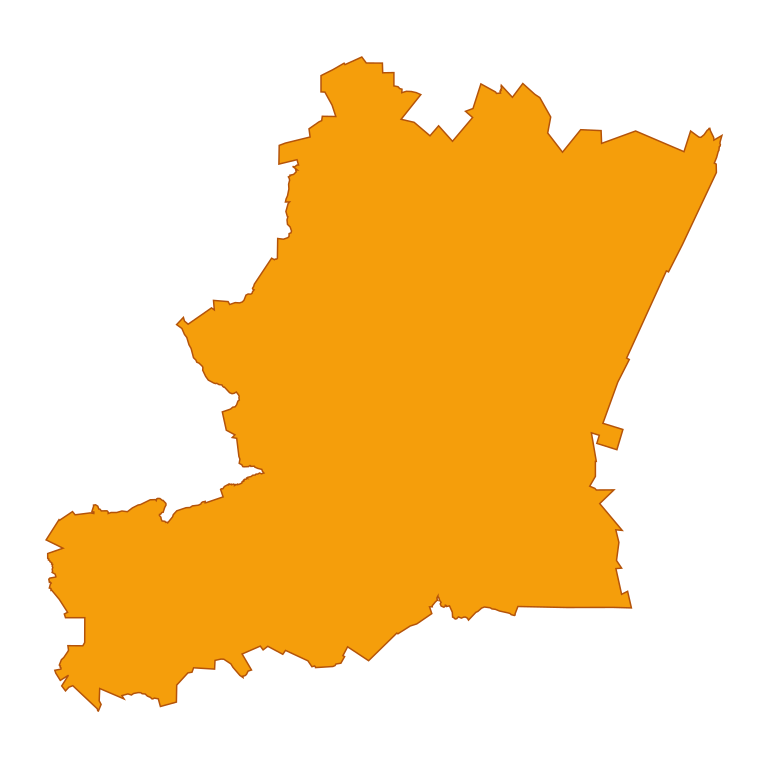 outline of Camargo, Chihuahua, Mexico
{"feature_id": "50627088B69672703244103", "entity_name": "Camargo", "entity_type": "district", "adm_level": 2, "iso_a3": "MEX", "parent_name": "Mexico", "parent_adm1": "Chihuahua", "projection": "albers", "projection_center": [-104.713, 28.058], "detail": "fine", "context": "isolated", "style": "filled", "palette": "amber", "viewbox_px": 768, "rotation_deg": 0, "n_neighbors": 0, "source": "geoboundaries", "source_scale": "gbopen_adm2", "svg_char_len": 6025}
<svg xmlns="http://www.w3.org/2000/svg" viewBox="0 0 768 768"><path d="M716.6,157.5L718.2,151.6L718.9,150.4L719.3,146.7L720.0,146.2L720.4,144.6L719.9,143.4L720.2,141.5L721.9,135.5L713.9,140.1L713.7,137.5L710.4,130.7L709.8,128.3L708.9,128.5L708.7,129.3L707.2,130.3L704.1,134.7L701.0,137.3L699.0,137.2L690.6,131.0L684.0,151.7L635.6,131.0L601.6,143.4L601.1,130.6L580.7,129.7L562.5,152.2L547.7,133.0L550.7,117.0L539.8,97.6L534.9,94.4L522.8,83.5L512.4,97.3L501.3,85.3L501.1,86.5L501.6,88.6L500.7,89.3L501.1,90.6L500.0,91.1L500.5,93.1L496.5,93.4L495.6,92.0L480.9,83.9L473.0,108.5L465.5,111.3L472.6,117.5L452.5,141.3L438.6,125.8L430.0,135.8L414.1,122.3L401.1,119.3L420.8,94.6L416.2,92.6L411.3,91.5L406.4,91.3L401.8,92.7L402.0,89.2L399.8,88.6L398.0,86.7L393.9,85.9L393.9,72.6L382.7,72.8L382.4,63.1L366.3,63.0L361.8,57.0L345.0,64.6L344.1,63.2L332.6,69.8L321.0,75.6L321.0,91.9L324.9,92.1L332.1,105.2L335.8,116.5L322.3,116.3L321.7,120.6L318.9,121.9L309.0,128.8L310.1,137.0L285.3,143.1L279.2,145.4L278.9,164.1L297.0,159.7L298.5,165.0L297.1,165.0L294.5,166.9L292.6,166.4L297.1,169.9L295.7,169.8L296.2,171.8L293.6,174.4L290.1,175.2L290.4,175.7L288.4,176.9L289.3,178.5L289.6,180.3L288.6,184.2L288.9,188.9L287.5,195.8L286.1,198.9L285.4,202.0L289.6,201.9L288.1,203.6L285.9,211.5L287.3,216.3L287.9,216.7L287.0,219.9L287.5,224.4L290.1,226.9L291.5,231.0L291.0,232.8L289.1,233.6L289.0,236.6L287.7,237.7L283.4,239.2L277.7,238.5L277.4,258.3L276.6,259.1L275.2,259.1L274.4,259.7L271.6,258.2L254.3,284.2L253.7,286.4L252.5,288.3L253.1,289.6L254.0,289.9L252.5,291.8L252.0,293.4L250.6,294.2L248.1,294.0L246.0,295.1L243.9,300.4L242.2,302.0L239.6,302.9L235.2,302.6L229.7,304.5L228.1,301.6L213.5,300.4L214.3,309.9L211.5,307.9L188.1,324.2L184.5,321.1L183.4,317.4L176.6,324.6L181.9,328.5L184.5,334.5L186.8,337.5L189.0,344.8L191.1,348.5L193.5,357.7L196.0,360.2L196.7,362.1L199.1,363.2L202.5,366.5L202.9,367.7L202.7,370.2L205.6,376.3L208.3,380.1L213.7,383.0L215.6,383.6L216.8,383.3L219.0,384.6L221.9,384.9L222.6,386.2L223.6,387.1L224.4,387.1L229.6,392.7L232.0,393.7L234.1,393.3L236.3,392.0L238.6,395.0L239.2,396.3L238.9,397.8L239.3,400.0L237.9,401.1L236.6,404.8L235.1,406.8L232.7,407.2L230.5,409.1L222.3,411.9L226.3,430.2L234.9,434.8L232.3,437.5L236.7,438.3L238.9,456.4L239.9,459.2L239.2,463.3L241.8,464.8L242.8,466.6L243.9,466.8L248.6,466.6L249.7,465.6L250.5,465.6L250.8,466.4L254.2,466.2L254.8,467.1L257.8,468.4L261.8,469.4L262.5,471.4L263.9,473.0L261.5,473.8L259.6,473.0L257.7,474.1L256.0,474.1L255.3,475.0L252.5,475.3L251.4,476.4L247.5,477.4L246.8,477.9L247.3,478.4L246.7,478.3L246.1,479.2L244.5,479.3L243.4,480.4L244.0,480.8L243.6,481.3L242.0,481.9L241.8,483.1L238.7,484.5L237.6,484.1L237.3,484.7L236.2,484.5L234.7,485.4L234.8,484.8L234.3,485.0L233.8,484.1L231.5,484.7L231.4,484.2L229.5,484.4L229.1,483.9L228.4,484.3L228.3,484.9L227.5,484.8L224.4,486.5L222.8,488.8L221.3,488.8L220.6,489.4L223.1,496.9L206.1,502.7L205.1,502.8L205.2,501.4L202.7,501.9L201.5,502.7L200.8,504.0L198.3,505.2L192.4,505.9L190.0,507.5L186.1,507.7L176.8,510.8L173.3,514.6L172.6,516.8L167.7,522.9L167.0,522.2L165.7,522.4L164.9,521.3L162.1,521.0L161.2,519.2L160.9,517.2L159.4,515.5L159.5,514.4L160.7,514.1L161.8,512.5L163.1,512.3L164.7,507.5L166.0,505.1L165.9,503.4L163.1,500.4L162.5,500.5L159.9,498.5L157.7,498.4L156.8,498.8L156.2,500.6L155.5,499.6L150.2,499.8L140.4,504.6L138.1,505.0L132.4,507.9L127.4,511.7L121.9,511.0L116.7,512.5L111.0,512.5L108.2,513.5L108.2,512.1L107.0,510.8L101.3,510.9L100.0,509.2L98.8,509.0L97.8,506.2L95.6,504.8L93.5,505.1L93.6,506.2L91.9,511.6L93.9,512.0L93.8,513.5L90.3,512.9L75.1,514.8L72.5,511.6L59.5,520.3L59.0,519.7L46.1,539.9L63.0,548.2L47.7,553.5L47.7,558.3L48.7,558.9L48.4,559.9L49.7,560.6L50.0,561.7L51.7,562.7L51.6,564.1L52.6,564.4L52.2,566.1L52.8,567.5L52.2,569.2L52.6,571.2L52.1,572.4L55.1,574.1L55.9,576.6L55.8,577.0L49.8,578.1L48.8,579.2L49.4,582.3L50.7,581.8L50.3,582.2L51.2,583.1L50.4,584.1L49.3,588.0L50.9,588.5L51.0,590.4L51.7,590.2L59.3,599.4L67.6,612.3L64.3,614.0L65.5,617.7L84.8,617.7L84.7,642.5L82.8,645.8L67.9,645.7L68.5,650.1L68.0,651.3L63.8,657.5L61.4,659.7L59.3,665.1L60.4,666.0L60.0,666.9L61.0,667.9L60.9,669.1L54.8,670.3L55.8,673.2L60.3,680.4L68.5,675.2L61.7,685.9L65.5,690.9L68.9,687.2L72.8,685.7L97.3,708.8L97.7,710.7L98.4,711.0L101.1,704.4L99.2,700.8L99.7,688.5L124.0,698.9L121.9,695.6L127.9,693.9L131.4,695.0L133.6,693.5L138.2,692.6L140.8,692.7L142.1,693.7L145.2,694.0L147.4,696.1L150.5,697.4L151.8,698.8L152.9,698.9L154.3,698.1L158.3,698.8L160.4,706.5L176.4,702.1L176.7,685.1L187.9,672.9L192.0,672.2L193.6,667.8L214.6,669.1L215.0,660.4L220.9,659.1L223.8,659.2L230.9,663.9L233.0,667.4L239.9,675.4L243.0,677.5L242.8,676.2L244.9,675.7L246.4,674.5L248.1,671.1L251.5,670.0L242.1,654.0L260.3,646.1L263.1,649.9L267.8,646.3L282.8,654.3L285.5,650.4L307.9,660.8L311.9,666.7L314.6,666.0L315.4,666.8L315.5,667.6L332.9,666.5L335.0,665.6L336.0,664.0L340.9,663.2L344.6,656.6L342.9,655.7L347.6,646.8L368.6,660.7L396.8,633.1L397.9,633.8L410.2,626.0L416.8,623.9L431.8,613.6L429.5,606.8L432.3,606.8L432.2,605.8L435.2,602.1L437.2,600.2L437.7,600.3L436.9,599.0L437.0,597.6L437.9,596.0L437.9,597.6L438.4,597.2L438.9,597.8L439.7,600.4L441.1,602.4L440.2,603.9L441.2,606.1L443.9,607.2L445.1,606.3L445.3,605.2L446.2,605.5L446.5,606.5L449.5,605.9L452.3,612.2L452.6,617.1L453.8,617.5L454.4,618.5L455.4,619.0L456.7,618.7L458.4,616.9L461.4,618.1L463.8,617.1L465.6,617.1L467.4,618.2L468.5,620.1L475.9,612.3L477.9,611.4L481.6,608.1L484.4,607.0L490.3,607.8L491.9,608.9L495.3,609.3L499.5,611.0L508.5,613.0L510.4,613.7L511.1,614.6L514.4,615.5L515.1,615.0L515.1,613.8L517.9,606.5L567.0,607.5L613.3,607.4L631.4,607.9L627.6,591.3L621.6,594.3L615.9,568.6L621.6,568.1L616.5,560.5L618.9,542.4L615.8,529.8L622.2,530.4L599.7,503.6L613.9,489.9L596.3,490.0L594.9,488.4L589.7,486.2L595.4,476.4L595.4,461.4L596.3,461.4L591.4,432.8L599.3,435.3L596.8,443.4L616.9,449.7L622.9,429.5L602.9,423.3L617.8,382.1L629.3,359.5L626.6,358.1L666.4,270.9L668.5,271.9L682.3,244.8L716.4,172.5L716.2,164.1L714.3,163.1L716.6,157.5Z" fill="#f59e0b" stroke="#b45309" stroke-width="1.5"/></svg>